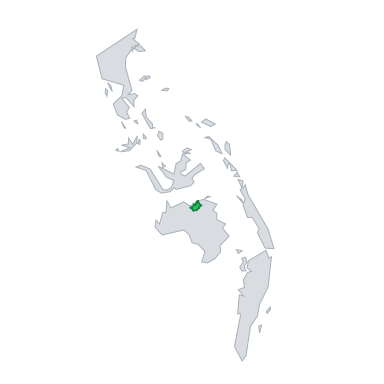 location of Paser, Kalimantan Timur, Indonesia, rotated 234°
{"feature_id": "22746128B17746000623405", "entity_name": "Paser", "entity_type": "district", "adm_level": 2, "iso_a3": "IDN", "parent_name": "Indonesia", "parent_adm1": "Kalimantan Timur", "projection": "orthographic", "projection_center": [116.052, -1.688], "detail": "fine", "context": "in_parent", "style": "filled", "palette": "green", "viewbox_px": 384, "rotation_deg": 234, "n_neighbors": 0, "source": "geoboundaries", "source_scale": "gbopen_adm2", "svg_char_len": 6117}
<svg xmlns="http://www.w3.org/2000/svg" viewBox="0 0 384 384"><g transform="rotate(234 192 192)"><path d="M129.7,158.8L136.2,167.4L145.9,166.3L150.9,162.2L159.4,164.6L166.1,163.0L174.8,142.5L185.4,141.5L190.5,146.3L185.1,146.8L192.7,156.5L190.6,158.7L199.5,166.5L191.5,165.6L188.9,179.6L182.8,181.6L179.3,187.2L181.5,191.0L179.1,197.2L167.5,205.0L164.9,198.0L160.1,199.7L155.1,195.8L146.3,200.4L145.1,195.5L134.4,196.1L132.3,183.4L126.9,180.0L124.6,171.3L125.6,162.7L129.7,158.8ZM25.9,133.2L42.1,135.6L62.9,157.9L65.5,159.7L66.7,157.4L81.0,169.8L77.5,172.6L85.7,172.0L84.0,178.4L90.7,181.9L94.3,189.7L92.9,193.5L98.4,191.9L103.2,197.3L101.3,217.5L93.2,215.4L92.9,218.2L70.6,197.9L61.3,180.5L53.0,171.7L49.1,160.5L28.1,139.8L25.9,133.2ZM358.1,194.5L356.0,243.1L349.9,236.1L350.8,234.1L342.3,236.3L343.9,231.5L341.7,229.0L342.5,228.6L343.9,228.8L344.7,228.6L340.8,226.6L342.7,226.1L339.4,217.2L332.3,211.7L309.3,203.0L308.4,197.3L305.2,203.6L301.7,204.7L300.6,199.0L295.1,195.2L307.5,194.1L309.1,190.2L297.5,191.1L294.9,186.0L288.1,184.9L290.1,180.7L298.2,177.0L309.5,180.0L311.0,191.7L318.4,199.7L336.5,185.8L358.1,194.5ZM243.5,166.5L235.1,171.7L211.5,169.9L208.6,171.9L207.6,178.0L212.1,184.1L218.9,180.1L232.7,179.8L217.2,187.9L224.2,195.7L223.8,201.0L228.4,206.8L218.8,209.5L219.1,204.5L213.7,200.2L214.9,194.5L212.0,193.8L209.0,195.9L210.2,215.7L203.7,215.8L204.3,204.0L203.1,200.1L198.6,199.3L198.0,194.2L203.5,180.6L206.0,180.3L205.1,174.5L209.1,166.6L215.2,164.0L236.4,167.6L245.1,161.4L243.5,166.5ZM103.7,218.2L120.4,220.9L123.0,224.7L135.9,225.8L138.9,221.9L151.5,225.6L155.1,231.1L165.4,232.1L165.3,236.6L166.8,239.3L156.9,235.7L117.5,231.7L97.9,225.1L103.7,218.2ZM264.4,167.7L271.4,162.4L268.3,168.6L272.9,172.5L265.5,171.9L269.5,180.8L264.1,175.9L262.2,165.6L266.6,157.7L264.4,167.7ZM267.7,195.6L284.9,197.7L286.5,203.1L279.7,199.1L270.0,199.9L267.2,197.7L265.5,200.3L267.7,195.6ZM227.3,238.2L214.4,240.6L205.4,238.8L211.3,235.4L223.9,238.3L228.3,234.5L227.3,238.2ZM190.2,234.7L198.9,235.8L200.4,238.6L183.1,241.1L185.9,236.3L191.8,239.0L193.8,238.0L190.2,234.7ZM242.9,240.7L243.1,246.1L233.3,250.8L233.9,245.7L242.9,240.7ZM103.1,186.5L105.5,192.5L108.9,193.2L107.8,197.0L102.9,195.2L101.3,190.4L96.5,189.3L98.8,185.8L103.1,186.5ZM339.9,236.6L333.7,237.3L337.0,231.3L341.8,230.0L343.2,232.3L339.9,236.6ZM206.8,243.8L210.8,246.4L212.6,249.3L208.5,250.3L199.1,244.9L206.8,243.8ZM257.9,197.2L260.6,201.2L256.6,202.7L252.0,199.6L252.2,197.3L257.9,197.2ZM165.9,234.8L175.0,236.6L170.9,239.9L165.9,234.8ZM180.2,235.1L181.6,240.2L176.2,239.5L180.2,235.1ZM119.2,194.1L114.8,198.0L115.1,193.2L119.2,194.1ZM313.2,215.1L314.0,221.6L312.0,221.8L310.5,217.1L313.2,215.1ZM162.9,225.9L155.9,227.8L152.9,226.7L162.9,225.9ZM230.6,208.0L230.6,213.8L226.6,216.3L228.2,208.5L230.6,208.0ZM38.3,163.9L44.3,167.2L43.5,170.2L38.3,163.9ZM53.1,187.7L50.7,186.4L49.6,181.7L51.4,181.5L53.1,187.7ZM289.5,234.0L288.2,231.7L292.0,227.5L291.7,231.3L289.5,234.0ZM283.6,174.8L290.7,176.4L282.7,175.8L283.6,174.8ZM240.0,186.4L246.6,188.0L239.3,187.9L240.0,186.4ZM227.5,210.8L223.9,213.7L227.1,208.5L227.5,210.8ZM319.5,179.4L323.1,180.0L326.5,182.8L323.3,183.4L319.5,179.4ZM256.9,231.3L254.4,233.4L249.5,233.7L250.8,231.3L256.9,231.3ZM312.7,222.6L311.1,225.7L309.4,225.5L309.8,220.7L312.7,222.6ZM267.5,186.5L263.1,187.0L261.9,186.0L263.8,184.1L267.5,186.5ZM320.1,186.5L325.2,187.0L330.1,188.1L325.4,188.8L320.1,186.5ZM228.8,182.8L233.3,184.8L228.6,185.8L228.8,182.8ZM270.9,157.5L267.9,156.9L270.7,154.7L270.9,157.5ZM239.0,236.8L244.0,235.1L244.6,236.2L239.0,236.8ZM283.5,186.9L282.7,189.5L279.0,188.2L280.9,187.4L283.5,186.9ZM179.6,202.0L177.7,203.8L179.2,198.2L179.6,202.0ZM263.2,176.5L265.5,180.1L264.6,180.7L261.2,177.8L263.2,176.5Z" fill="#d9dde1" stroke="#a8b0b8" stroke-width="1"/><path d="M176.1,191.7L176.3,191.6L176.4,191.4L176.6,191.3L176.8,191.3L177.0,191.3L177.0,191.2L177.3,191.1L177.5,191.2L177.8,191.2L178.3,191.2L178.5,191.1L178.9,191.1L179.0,191.2L179.1,191.3L179.3,191.3L179.5,191.3L180.1,191.5L180.6,191.6L180.9,191.6L181.3,191.8L181.5,191.3L181.6,191.1L181.6,190.8L181.7,190.3L181.6,190.1L181.5,190.3L181.4,190.3L181.1,190.5L180.9,190.5L181.2,190.3L181.3,190.2L181.2,190.1L180.8,190.2L180.6,190.3L180.3,190.4L180.6,190.2L180.8,190.1L181.1,190.0L181.1,189.9L181.1,189.7L180.9,189.7L180.7,189.8L180.3,189.8L180.2,189.7L180.1,189.8L180.2,189.7L179.9,189.6L180.0,189.5L180.2,189.4L180.3,189.4L180.5,189.3L180.7,189.2L180.6,188.8L180.6,188.7L180.7,188.3L180.6,188.2L180.5,187.9L180.4,187.8L180.4,187.7L180.5,187.6L180.6,187.4L180.6,187.1L180.3,187.0L180.2,187.1L179.9,187.2L179.6,187.2L179.5,187.3L179.4,187.3L179.2,187.4L179.1,187.2L179.3,186.9L179.5,186.8L179.5,186.7L179.9,186.5L180.0,186.4L180.4,186.2L180.6,186.2L180.8,186.1L181.0,186.1L181.2,185.9L181.3,185.9L181.1,185.7L180.6,185.5L180.3,185.4L180.2,185.4L180.0,185.1L179.9,184.8L179.9,184.4L179.9,184.2L179.7,183.8L179.7,183.4L179.8,183.1L179.9,182.9L180.1,182.8L180.0,182.6L180.0,182.4L180.3,182.1L180.4,181.8L180.5,181.8L180.6,181.6L180.5,181.2L180.2,181.1L179.9,181.3L179.7,181.6L179.4,181.7L179.2,181.7L179.0,182.0L178.9,182.2L178.6,182.2L178.5,182.3L178.4,182.3L178.3,182.5L178.1,182.5L178.0,182.4L178.0,182.2L177.9,182.0L177.7,182.1L177.4,182.1L177.2,182.1L176.9,182.0L176.7,182.2L176.2,182.1L175.9,182.0L175.9,182.3L176.0,182.4L176.1,182.5L175.9,182.7L175.7,182.8L175.5,183.0L175.4,183.3L175.4,183.5L175.3,183.8L175.3,184.0L175.2,184.1L175.1,184.3L175.0,184.5L174.9,184.5L174.7,184.7L174.7,184.8L174.4,184.8L174.4,185.0L174.5,185.1L174.5,185.3L174.6,185.5L174.5,185.8L174.6,186.0L174.8,186.1L174.8,186.3L174.7,186.4L174.7,186.5L174.8,186.6L175.0,186.7L175.0,186.8L174.9,186.9L174.9,187.0L174.8,187.3L175.0,187.2L175.1,187.3L175.1,187.5L175.2,187.8L175.2,188.0L175.1,188.3L175.0,188.5L175.3,188.8L175.2,188.9L175.2,189.0L175.3,189.1L175.5,189.2L175.8,189.1L176.0,189.2L176.0,189.4L175.9,189.5L175.8,189.8L175.8,190.1L175.7,190.2L175.8,190.3L175.7,190.4L175.8,190.4L175.9,190.5L175.9,190.8L176.0,190.9L176.0,191.0L176.0,191.3L176.2,191.5L176.1,191.7ZM180.7,190.2L181.0,190.0L180.4,190.3L180.7,190.2Z" fill="#22c55e" stroke="#15803d" stroke-width="1.5"/></g></svg>